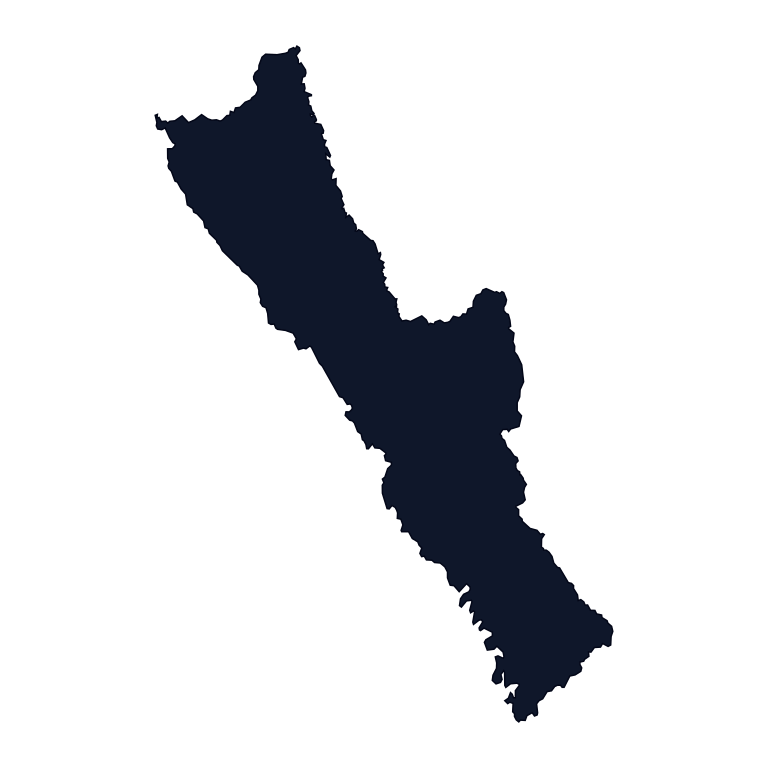 Tha Song Yang, Tak, Thailand
{"feature_id": "78962969B58793256407954", "entity_name": "Tha Song Yang", "entity_type": "district", "adm_level": 2, "iso_a3": "THA", "parent_name": "Thailand", "parent_adm1": "Tak", "projection": "equal_earth", "projection_center": [98.144, 17.467], "detail": "fine", "context": "isolated", "style": "filled", "palette": "ink", "viewbox_px": 768, "rotation_deg": 0, "n_neighbors": 0, "source": "geoboundaries", "source_scale": "gbopen_adm2", "svg_char_len": 6095}
<svg xmlns="http://www.w3.org/2000/svg" viewBox="0 0 768 768"><path d="M568.3,582.6L559.6,567.9L557.5,567.4L553.8,563.1L552.0,556.4L549.0,552.2L546.4,550.2L543.7,550.1L543.4,548.5L541.4,547.1L541.6,538.7L544.3,534.6L542.7,533.5L540.4,534.3L537.0,530.3L530.0,528.4L522.3,521.3L522.1,519.1L518.6,515.8L518.6,509.6L515.8,507.3L515.9,506.2L522.6,502.9L525.2,499.8L523.5,492.2L524.6,487.3L526.4,484.4L523.5,480.2L523.2,478.2L520.6,474.5L519.8,474.7L519.6,471.8L517.4,470.6L515.9,468.0L515.7,463.6L518.1,460.9L517.0,457.5L514.0,456.0L509.9,450.0L506.8,447.3L504.5,440.4L502.0,438.4L501.4,435.7L499.8,434.2L502.7,429.6L507.2,429.3L508.7,431.5L510.6,429.0L519.0,426.4L521.5,415.8L517.2,410.9L517.2,402.6L519.7,396.9L520.1,389.7L523.6,381.8L521.7,364.8L517.4,355.6L514.5,351.8L514.7,346.2L512.9,341.9L514.0,333.1L508.6,328.7L508.6,327.5L510.6,326.3L509.9,320.2L508.3,314.5L505.9,313.3L503.8,310.6L503.8,307.1L505.6,304.1L506.5,299.8L503.7,292.6L501.9,291.7L499.8,293.4L496.5,291.7L494.7,292.4L486.2,288.6L482.9,289.9L480.9,293.7L476.3,295.3L473.4,301.2L473.0,307.3L468.1,308.9L466.5,314.1L462.9,313.9L460.8,316.8L458.6,317.6L453.4,316.3L449.9,321.4L447.8,322.3L444.3,322.9L440.0,320.2L435.1,322.0L434.0,324.2L430.2,323.3L428.7,324.7L426.2,319.8L421.8,315.9L410.5,321.5L406.1,320.2L402.0,321.0L398.9,316.4L399.2,314.0L398.5,314.2L397.6,311.8L397.9,309.0L396.2,307.7L396.5,306.4L395.3,306.5L396.7,304.8L396.0,302.2L396.8,298.9L395.0,298.9L389.1,291.9L387.2,291.1L386.7,289.9L387.7,287.5L384.9,287.0L384.7,284.2L383.3,282.4L386.0,277.9L383.1,276.1L383.2,273.7L381.4,271.8L382.6,270.3L382.1,268.8L384.2,267.8L382.5,264.9L383.9,262.4L379.1,259.6L380.7,254.6L380.4,252.6L378.1,253.8L375.1,244.0L373.0,240.7L370.7,240.4L362.8,233.4L362.4,231.6L358.6,229.7L356.8,231.3L355.3,230.9L356.4,228.8L355.7,224.7L353.7,223.0L352.6,218.8L349.1,215.1L345.8,217.4L346.4,213.0L345.0,212.6L343.7,208.3L342.2,208.9L342.0,207.5L343.9,204.7L341.1,198.4L342.2,196.5L340.5,191.0L335.9,185.4L336.1,178.6L332.4,179.8L331.2,178.9L331.9,173.8L334.0,170.0L330.2,165.7L329.4,160.4L326.2,159.7L325.7,153.7L329.8,157.1L330.5,155.5L326.8,147.5L324.7,146.8L324.5,144.2L326.0,140.5L323.3,139.7L321.6,134.5L321.7,133.4L323.2,133.2L323.6,130.6L320.8,124.4L314.7,123.2L314.5,121.8L316.3,120.8L316.4,119.6L314.5,115.3L313.7,115.0L311.8,117.1L310.3,115.3L310.3,114.0L312.8,114.5L314.0,113.4L311.8,110.8L310.8,106.1L308.5,104.9L308.9,101.8L307.6,97.5L308.6,96.2L311.4,95.7L311.4,94.7L304.1,91.6L305.0,88.3L304.2,83.8L301.3,84.0L302.6,77.2L304.9,76.3L305.9,73.0L305.5,69.9L301.0,62.9L299.4,64.1L298.4,63.2L298.2,59.6L296.1,55.6L300.0,50.6L299.4,47.7L296.9,46.1L295.3,49.0L293.6,47.6L289.2,49.5L288.1,52.3L285.3,53.3L277.1,54.7L265.6,54.2L262.0,57.2L259.0,65.4L258.8,69.7L255.3,72.6L253.6,76.6L253.8,79.5L257.8,86.3L257.8,90.7L255.6,95.1L251.9,97.8L250.7,100.0L245.2,102.2L240.1,107.3L235.5,107.9L234.0,112.5L230.4,111.3L229.8,115.3L226.9,115.6L222.4,120.1L220.1,121.1L216.5,119.8L211.8,120.2L207.7,118.8L201.6,114.6L194.7,119.9L188.5,122.6L182.1,115.8L174.9,120.8L169.8,121.3L167.7,123.1L165.7,121.1L161.4,121.6L159.0,117.4L157.0,118.1L157.4,114.4L155.2,115.3L156.9,122.5L156.3,125.8L157.7,129.0L161.6,129.7L165.2,128.0L169.6,137.8L172.8,142.6L175.2,143.9L174.9,145.8L172.3,148.7L167.6,148.8L167.7,158.4L169.2,162.0L168.1,165.9L168.8,168.4L171.4,171.3L175.0,181.1L177.4,182.1L181.2,189.1L185.6,194.1L187.3,204.8L192.9,208.6L193.7,212.1L197.2,213.9L203.6,220.9L205.0,227.6L208.2,228.8L209.4,233.3L216.6,240.3L216.9,242.3L220.0,245.5L222.4,250.7L237.1,265.1L239.3,266.1L242.2,271.2L247.9,274.9L257.5,285.2L258.9,290.2L258.9,294.3L260.9,299.1L260.3,302.6L262.6,306.3L266.0,307.7L267.7,313.5L268.5,323.0L271.0,324.4L274.2,324.1L275.9,328.1L277.5,329.3L285.5,330.4L293.1,333.1L296.4,338.9L294.8,341.8L298.5,349.6L303.5,348.1L306.0,348.8L309.7,346.0L311.4,347.1L319.5,363.3L322.3,366.1L339.5,396.6L343.0,397.7L347.2,404.4L350.0,404.0L351.5,405.1L352.4,408.2L351.3,410.1L349.3,411.9L346.0,411.8L345.2,415.4L349.7,420.2L352.5,420.9L354.4,423.0L357.7,431.6L361.2,434.0L362.4,439.7L364.0,440.8L365.9,444.4L366.7,448.7L368.4,448.8L372.4,443.8L374.9,447.9L379.9,448.3L385.8,452.9L385.9,454.2L384.4,455.6L385.6,460.7L391.4,462.3L391.4,465.2L387.7,468.6L384.9,477.1L382.4,479.1L383.9,482.8L382.3,485.2L382.4,493.2L387.1,508.6L389.2,508.9L392.0,505.5L395.2,507.4L396.7,510.2L397.6,512.9L397.3,518.4L400.9,519.2L402.9,524.9L401.1,530.4L401.7,531.7L408.6,531.7L412.3,538.5L417.8,541.8L419.1,545.2L421.8,548.0L419.9,553.4L421.6,556.6L424.3,556.2L426.4,559.9L431.9,560.2L434.5,562.5L440.2,563.0L444.8,566.8L447.5,571.9L447.5,577.9L450.2,585.2L454.0,585.7L459.2,591.7L466.5,583.7L469.9,586.8L470.3,589.1L468.9,591.8L463.6,594.3L460.5,598.8L459.5,605.6L461.4,607.1L466.5,600.9L471.4,600.3L472.0,601.6L469.7,610.3L470.6,612.8L473.6,610.9L474.6,611.8L472.8,622.1L473.5,624.4L479.0,620.2L481.5,619.8L482.7,621.9L479.1,627.9L479.5,630.0L480.5,630.6L484.0,628.1L492.3,632.2L492.4,635.9L485.9,639.7L484.4,642.3L487.3,650.1L494.0,649.2L496.9,646.2L503.1,652.1L504.0,656.7L503.2,658.3L498.0,655.9L495.3,656.9L496.7,662.9L496.5,668.4L493.0,675.2L492.3,680.4L496.0,683.9L500.5,682.4L502.1,679.4L500.9,674.5L503.7,670.6L504.6,672.2L504.8,685.4L505.8,687.4L510.5,683.8L516.9,683.2L519.2,684.3L519.1,685.7L515.4,690.6L515.4,697.7L513.5,697.8L512.2,694.2L510.5,692.6L508.4,698.2L504.8,700.7L507.7,703.6L509.8,702.2L513.1,703.4L512.7,711.8L514.5,713.6L514.5,716.5L516.3,719.9L518.8,721.9L520.4,720.1L525.2,720.4L526.9,715.7L532.2,712.7L534.5,716.0L537.1,715.0L537.6,712.9L536.6,703.8L539.0,700.7L542.7,698.8L547.1,691.6L551.5,690.8L554.7,686.5L557.5,685.2L560.6,685.3L562.1,687.3L564.1,687.3L569.8,676.0L575.1,674.9L580.8,671.3L581.7,667.9L579.9,664.5L579.9,662.1L583.7,661.2L584.6,659.3L588.9,656.3L588.5,651.9L591.0,652.1L594.4,647.5L600.5,647.1L602.6,643.5L608.1,646.4L610.7,645.0L611.1,636.5L612.8,631.4L611.6,626.3L607.9,623.1L607.1,620.7L602.0,617.6L601.6,615.0L596.6,613.9L594.9,610.4L590.5,610.3L587.6,605.0L585.1,605.1L583.8,601.9L580.8,599.6L578.2,600.6L577.5,594.9L573.5,588.5L573.6,585.6L571.5,583.4L568.3,582.6Z" fill="#0f172a" stroke="#020617" stroke-width="1.5"/></svg>